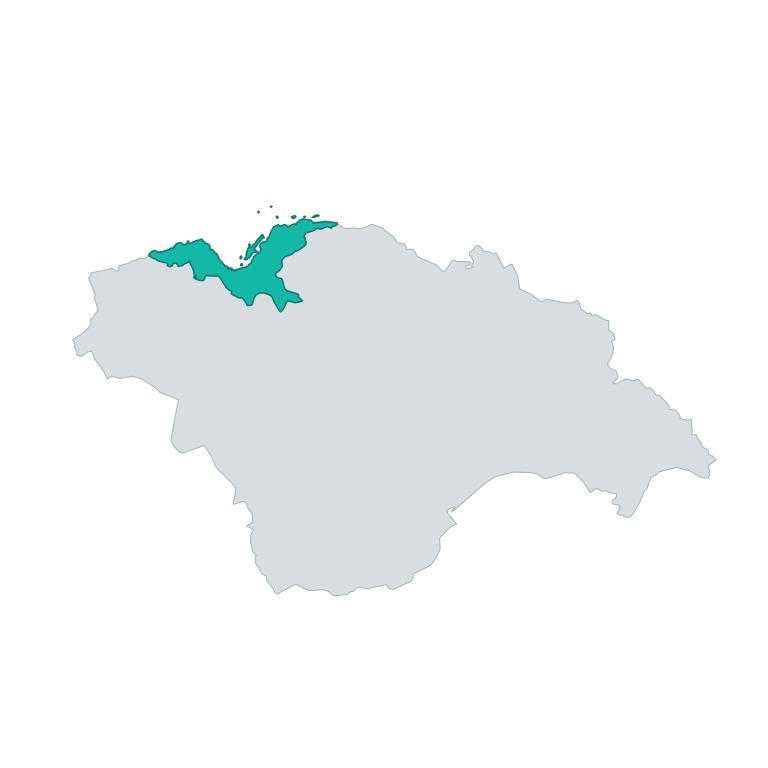 where Hormozgan sits in Iran, rotated 152°
{"feature_id": "IRN-3228", "entity_name": "Hormozgan", "entity_type": "Province", "adm_level": 1, "iso_a3": "IRN", "parent_name": "Iran", "parent_adm1": "", "projection": "robinson", "projection_center": [56.023, 27.172], "detail": "fine", "context": "in_parent", "style": "filled", "palette": "teal", "viewbox_px": 768, "rotation_deg": 152, "n_neighbors": 0, "source": "natural_earth", "source_scale": "10m", "svg_char_len": 9796}
<svg xmlns="http://www.w3.org/2000/svg" viewBox="0 0 768 768"><g transform="rotate(152 384 384)"><path d="M385.6,226.2L392.9,226.6L406.4,222.2L407.6,221.1L411.7,212.3L416.4,208.3L424.5,203.5L429.7,202.0L448.0,202.6L449.4,199.1L452.5,197.2L472.3,198.2L475.4,201.0L476.6,206.0L493.2,210.6L496.6,212.1L500.6,215.9L504.0,216.9L508.3,215.2L510.9,216.3L515.3,215.3L528.2,220.9L530.0,226.5L532.4,229.1L535.3,231.5L545.6,235.9L548.6,238.4L556.2,248.8L576.9,248.7L578.2,250.9L578.1,255.4L579.7,266.1L578.2,270.0L580.9,273.5L580.7,280.2L581.8,284.8L579.5,291.3L577.2,292.6L578.6,298.3L576.6,303.8L576.9,305.9L573.7,310.6L573.5,312.4L567.6,316.8L572.0,323.2L565.4,323.6L561.3,330.4L562.5,338.5L561.5,342.7L562.2,345.1L563.9,346.7L572.9,348.3L573.2,349.4L563.7,361.2L564.2,365.8L571.4,389.7L570.4,401.7L571.5,414.0L594.3,417.6L597.0,420.7L598.7,427.6L598.7,432.7L598.0,435.3L572.9,466.6L586.0,482.2L586.6,485.7L594.6,500.9L602.0,508.8L614.7,513.0L620.6,518.8L625.9,518.5L625.5,526.3L627.8,542.5L626.3,549.9L630.7,551.5L637.6,550.4L640.1,551.8L641.5,554.5L639.8,556.0L640.1,562.4L638.4,563.7L637.7,569.7L627.5,569.9L618.0,572.6L614.5,574.8L612.6,579.2L609.4,578.8L608.5,580.4L601.7,583.4L599.4,595.7L596.9,598.6L595.1,616.3L593.6,616.5L590.3,619.5L569.6,613.7L567.4,609.5L565.3,608.7L562.3,612.8L551.9,610.4L548.4,611.1L546.2,609.9L540.6,609.8L536.2,607.3L524.9,609.4L518.0,604.9L510.6,603.7L501.6,603.8L494.2,600.5L490.3,601.8L488.6,599.5L477.6,597.3L474.0,589.4L473.9,585.5L471.2,578.7L470.3,568.8L467.8,561.5L463.1,555.6L450.6,552.0L444.0,553.9L439.2,557.3L431.2,559.2L425.0,565.9L421.4,565.4L406.7,574.4L403.5,574.3L392.6,568.2L387.7,567.1L377.7,567.3L372.3,563.2L370.8,560.3L357.9,553.9L350.0,548.1L347.6,542.6L344.1,538.7L336.3,535.4L332.0,532.0L319.9,530.7L311.5,522.1L311.4,519.3L306.5,509.9L305.7,503.0L304.6,501.2L300.4,498.4L299.8,496.5L300.8,492.2L295.3,489.5L294.5,487.4L294.7,480.7L281.8,464.6L279.3,455.7L276.9,455.3L265.1,461.1L261.8,457.8L251.7,452.2L250.3,450.0L252.9,449.0L255.4,450.0L257.0,448.8L256.4,446.9L253.9,445.7L250.4,445.8L251.3,447.6L248.0,449.3L247.2,451.5L247.9,458.2L246.5,460.0L241.0,461.1L237.6,463.3L234.6,460.8L233.8,456.0L232.0,452.9L229.1,451.7L227.1,448.6L223.5,447.1L223.8,430.2L214.8,429.8L215.1,417.0L219.5,404.4L211.2,392.9L207.6,384.1L205.4,382.5L200.9,382.7L186.4,370.9L181.3,367.9L174.2,367.0L173.4,362.8L175.3,358.2L172.1,352.2L171.1,350.5L168.2,349.8L168.5,346.0L164.7,346.2L157.9,335.8L155.9,334.4L160.1,326.5L157.5,320.1L159.3,314.8L163.0,315.0L164.3,307.8L171.0,300.4L176.9,297.2L177.5,295.0L176.5,291.0L173.0,286.0L173.7,281.8L174.9,279.7L181.0,277.5L181.3,276.5L178.6,275.0L168.1,275.0L162.6,270.0L157.3,268.8L154.6,257.9L153.7,256.5L151.2,256.1L149.7,254.2L149.1,246.9L145.6,243.7L142.9,232.9L142.9,230.3L143.9,227.9L138.3,223.3L137.8,216.1L139.1,214.5L132.6,209.3L129.6,209.0L129.4,208.1L134.3,197.0L136.2,194.5L132.3,192.8L132.6,187.3L131.7,182.7L132.3,178.4L129.7,175.2L129.1,173.3L130.2,168.5L127.7,166.1L126.5,161.0L136.2,159.6L138.3,151.8L141.8,148.5L147.7,152.3L155.7,165.0L160.6,168.7L164.3,172.9L182.2,177.3L186.2,175.9L192.4,176.2L200.5,168.4L204.1,167.4L213.6,159.6L225.2,152.4L231.1,151.2L239.3,160.3L234.4,163.1L233.5,165.4L234.0,167.6L237.8,170.0L238.2,172.5L236.8,173.8L231.8,175.2L230.3,177.8L235.6,182.0L238.2,185.5L241.1,186.4L245.6,192.0L252.9,191.2L254.0,204.7L257.8,215.8L265.4,220.6L285.4,224.2L287.6,226.3L290.7,232.4L295.8,236.8L311.2,245.5L328.2,249.6L339.6,249.3L381.6,239.5L385.5,239.5L379.2,241.9L381.6,243.0L386.9,243.0L388.2,242.0L388.4,240.4L385.6,226.2ZM446.0,561.0L443.4,564.9L439.5,568.1L436.6,567.1L424.9,571.9L421.9,571.6L421.4,570.1L434.3,564.5L434.9,563.1L434.1,560.2L438.3,561.4L442.8,559.0L446.7,558.4L448.5,560.0L446.0,561.0Z" fill="#d9dde1" stroke="#a8b0b8" stroke-width="1"/><path d="M530.5,608.9L529.0,609.2L527.4,610.0L526.8,610.1L526.2,609.7L525.5,610.0L524.3,609.8L523.4,609.3L522.2,607.1L521.5,606.3L520.4,605.8L519.4,605.8L519.2,605.6L518.7,604.8L518.4,604.7L516.1,604.7L511.0,603.7L509.3,604.0L507.9,603.9L507.3,603.6L507.5,603.1L505.8,603.3L504.8,604.1L504.4,604.2L504.0,604.0L503.2,604.6L502.9,604.6L502.8,604.3L501.7,605.1L500.7,605.3L499.8,605.1L498.0,604.7L497.3,604.3L496.6,603.4L495.8,601.6L494.9,600.5L493.9,600.2L492.8,600.5L491.6,601.1L490.1,602.3L489.7,602.3L489.8,600.9L490.0,600.3L489.6,599.3L489.2,598.9L487.9,598.7L485.8,599.1L484.6,598.7L483.4,598.9L482.7,598.9L480.9,598.3L481.1,598.1L477.4,597.8L477.0,597.6L476.8,597.1L476.6,595.5L475.9,593.9L475.4,591.9L474.4,590.8L473.8,590.8L472.9,588.0L472.9,587.6L473.1,586.9L473.9,585.9L474.2,585.3L473.8,584.3L472.0,582.2L472.1,581.3L471.9,581.1L471.6,578.9L471.3,578.3L470.7,577.8L470.5,577.3L470.4,576.2L470.9,572.2L470.8,570.7L469.0,563.3L468.6,562.7L467.7,561.8L467.3,561.3L467.4,560.8L466.2,559.9L466.6,560.0L467.6,559.5L467.3,559.3L467.3,559.0L467.6,558.4L466.4,558.8L466.2,558.8L465.3,557.9L464.8,558.2L464.6,558.1L464.5,557.5L464.2,557.6L464.0,557.4L464.0,557.2L465.1,556.2L464.3,555.9L463.6,555.4L463.2,554.7L463.0,554.0L462.7,554.3L462.4,554.5L461.6,554.5L461.2,554.3L460.7,553.7L457.6,553.5L457.0,553.3L456.8,553.6L456.1,553.2L452.8,552.7L451.4,552.1L450.5,552.0L448.8,552.1L447.9,552.3L446.7,553.1L444.2,553.3L443.5,553.9L443.4,554.4L440.5,556.3L439.1,557.6L436.5,558.2L435.3,558.2L434.3,558.6L433.3,558.6L432.1,558.4L431.6,558.6L430.0,560.0L428.6,561.7L429.3,561.3L429.4,562.0L429.3,563.0L428.6,564.6L427.7,565.4L426.6,566.0L425.5,566.2L424.2,566.1L422.0,565.3L420.8,565.2L419.7,565.7L419.0,567.3L417.8,567.5L416.1,568.1L414.3,569.8L411.4,572.2L408.4,574.0L407.8,574.6L407.5,574.7L406.4,574.3L404.0,574.5L402.8,574.3L402.4,573.6L402.0,572.6L401.2,571.8L400.0,571.6L397.5,571.7L396.5,571.2L395.1,568.3L394.3,567.6L393.7,567.5L392.6,567.8L389.9,567.9L387.3,567.1L386.7,566.7L386.2,566.5L385.7,566.7L383.9,567.5L381.5,568.1L380.9,568.1L379.6,567.7L379.0,567.6L378.3,568.0L378.0,567.9L376.6,566.5L374.5,565.3L371.8,563.2L371.4,562.7L371.3,562.0L371.2,560.5L371.0,559.9L370.6,559.3L369.7,558.7L360.4,555.4L359.2,555.1L358.2,553.8L356.5,553.3L356.3,553.0L356.1,552.3L355.5,552.0L354.2,551.6L352.0,549.5L351.1,548.8L349.6,548.1L350.2,547.0L350.9,546.8L353.4,546.6L354.8,547.0L356.1,547.1L357.6,546.2L358.4,547.7L360.4,549.7L366.5,550.3L367.5,550.7L369.8,552.7L370.3,552.9L370.8,553.0L372.8,552.4L373.5,552.4L381.9,554.0L384.7,552.4L385.5,551.2L385.2,550.2L385.2,549.9L385.8,548.1L386.2,545.6L387.4,544.0L390.3,543.0L397.6,542.3L399.2,542.5L400.5,543.0L401.9,542.4L404.4,541.8L411.7,542.8L415.2,541.8L416.8,540.2L417.7,537.3L418.7,535.6L422.5,533.5L425.0,532.8L426.6,532.9L427.4,532.5L428.0,532.1L428.5,531.3L428.7,529.4L427.4,527.2L425.0,525.3L424.9,524.2L425.1,522.9L426.4,517.6L426.8,514.0L426.0,512.0L417.8,503.8L417.7,502.2L418.6,501.6L418.6,500.7L417.0,495.8L419.3,495.9L424.3,497.4L426.7,499.4L427.9,501.0L429.1,501.8L430.3,502.5L431.7,502.1L437.2,497.8L440.4,496.3L441.2,496.2L442.0,497.3L442.5,509.6L441.9,512.0L442.4,515.1L444.9,518.4L447.2,520.6L450.0,522.4L453.3,522.9L455.1,522.6L458.3,520.9L461.2,518.0L462.1,516.9L463.3,515.9L464.8,516.0L467.7,517.4L467.9,517.9L467.7,521.2L468.7,526.2L469.1,526.9L469.6,527.4L470.5,527.5L471.9,528.3L473.0,529.8L473.6,531.0L474.9,532.5L476.1,534.4L476.3,536.0L475.6,536.7L475.1,537.7L475.7,538.6L476.4,539.0L477.2,540.6L478.0,543.1L478.9,555.1L479.5,557.0L488.0,561.7L489.9,563.1L490.7,563.4L492.0,562.1L492.7,561.2L493.8,560.4L495.6,560.4L497.5,561.6L499.5,563.4L501.2,565.4L502.0,567.2L501.7,567.8L500.0,566.7L499.4,566.6L499.4,567.3L500.1,569.3L500.1,570.2L500.0,570.7L499.5,571.3L499.1,572.3L498.5,578.6L498.6,580.5L498.3,582.3L497.8,583.0L497.8,583.6L501.5,583.4L503.7,583.8L505.2,583.6L506.2,583.2L507.1,583.4L508.2,583.9L509.9,584.2L510.4,584.5L510.1,585.5L510.2,586.1L510.5,586.8L510.6,587.8L511.0,588.7L512.2,589.0L513.5,589.0L514.7,588.8L515.5,587.9L516.3,587.7L517.4,588.2L518.2,588.2L518.6,588.5L519.7,590.3L519.4,590.5L518.9,591.3L518.7,592.3L518.9,592.9L520.2,593.7L525.5,598.6L526.4,600.1L526.5,601.3L527.2,601.9L528.0,602.3L528.4,602.8L528.6,603.5L529.5,604.5L530.5,606.2L530.7,606.6L531.2,606.8L531.1,607.8L530.4,608.2L530.5,608.9ZM446.6,558.4L447.9,558.8L448.5,559.3L448.7,559.9L447.8,560.4L446.1,560.9L445.5,561.5L444.6,563.5L443.4,564.7L443.0,565.4L442.0,565.9L440.2,567.8L439.3,568.2L438.7,568.0L437.4,566.7L435.6,567.7L434.6,568.5L432.7,568.3L432.2,568.4L431.6,568.7L430.1,569.8L428.5,570.5L427.1,571.5L425.4,571.7L424.2,572.1L423.5,572.5L422.6,572.3L422.4,572.8L422.1,573.0L421.5,573.2L421.3,573.0L421.0,571.8L421.2,570.9L420.8,569.7L421.1,569.4L422.4,569.9L422.7,569.7L423.0,569.8L424.4,569.0L429.1,567.5L430.9,566.2L432.7,565.4L433.8,565.4L434.6,565.0L434.4,564.6L434.8,564.1L434.9,563.5L434.8,562.0L434.6,561.5L433.5,560.4L434.2,560.0L438.0,561.5L439.0,561.2L441.9,559.3L445.6,558.4L446.6,558.4ZM386.8,574.9L384.5,574.8L383.6,574.3L383.1,573.4L383.4,572.9L383.8,572.6L384.3,572.5L386.3,572.8L386.7,572.9L386.8,573.7L387.2,574.0L387.2,574.4L387.1,574.8L386.8,574.9ZM367.0,564.9L366.5,565.2L364.4,564.9L363.5,564.4L362.4,563.4L362.5,563.2L363.2,563.1L365.5,563.8L367.6,564.0L368.2,564.3L368.8,564.8L367.0,564.9ZM449.7,563.8L449.8,562.9L450.2,562.4L450.9,562.0L451.9,561.9L452.1,562.9L451.2,563.7L450.2,564.0L449.7,563.8ZM453.8,555.1L454.7,555.6L454.8,556.1L454.7,556.5L454.4,556.8L453.6,557.1L452.7,556.7L452.8,555.9L453.3,555.2L453.8,555.1ZM400.0,580.4L400.6,580.9L400.8,581.3L400.2,582.5L399.3,582.1L399.2,581.0L399.5,580.4L400.0,580.4ZM437.9,568.8L438.1,569.1L438.2,569.9L437.8,570.6L437.2,570.9L436.8,570.7L436.8,569.9L437.2,569.2L437.9,568.8ZM375.9,568.5L376.2,568.6L376.4,569.1L376.1,569.5L375.1,569.2L374.8,568.8L375.0,568.4L375.9,568.5ZM414.4,594.1L414.7,595.0L414.1,595.3L413.9,595.0L413.7,595.1L413.6,594.4L414.4,594.1ZM400.7,593.0L400.9,593.8L400.6,594.1L399.8,593.8L399.7,593.4L400.7,593.0Z" fill="#14b8a6" stroke="#0f766e" stroke-width="1.5"/></g></svg>